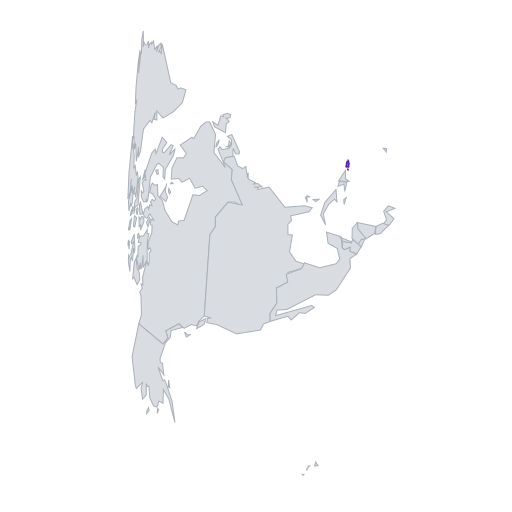 location of Puerto Rico within North America, rotated 275°
{"feature_id": "PRI", "entity_name": "Puerto Rico", "entity_type": "country or territory", "adm_level": 0, "iso_a3": "PRI", "parent_name": "North America", "parent_adm1": "", "projection": "equal_earth", "projection_center": [-66.749, 18.235], "detail": "fine", "context": "in_parent", "style": "filled", "palette": "violet", "viewbox_px": 512, "rotation_deg": 275, "n_neighbors": 17, "source": "natural_earth", "source_scale": "50m", "svg_char_len": 9610}
<svg xmlns="http://www.w3.org/2000/svg" viewBox="0 0 512 512"><g transform="rotate(275 256 256)"><path d="M191.8,209.7L185.7,204.5L181.1,203.0L182.1,197.6L177.7,190.7L181.7,185.2L173.6,172.7L166.8,175.4L160.1,171.0L178.3,145.1L187.5,147.0L206.5,144.9L209.9,143.3L214.0,145.6L218.2,144.0L217.4,145.8L224.7,144.9L238.3,147.0L240.9,148.3L236.9,149.5L241.0,150.1L250.0,149.3L251.9,150.9L255.1,149.6L253.1,148.5L255.0,147.6L260.0,147.3L270.2,150.2L277.6,149.8L277.8,148.3L280.1,147.8L283.5,148.7L282.8,151.1L288.7,146.6L284.1,144.2L285.1,141.6L288.3,140.0L293.4,141.3L295.8,143.9L293.4,145.1L297.7,145.6L297.1,148.1L300.8,146.2L303.3,147.7L302.1,149.6L304.1,151.3L309.2,147.3L309.8,144.7L316.6,145.2L319.6,146.4L317.6,149.0L318.6,151.6L307.6,153.0L302.9,157.9L293.7,161.2L282.8,169.2L280.2,175.3L284.0,175.8L285.3,181.3L311.6,187.8L311.3,194.3L316.8,201.6L320.9,196.8L318.2,189.4L327.7,183.1L323.0,175.8L326.5,172.4L325.2,164.9L336.1,164.6L346.9,168.7L347.5,175.3L351.9,177.7L359.9,170.9L368.7,181.7L367.7,183.8L380.3,189.6L385.0,194.3L385.5,198.2L373.5,205.1L355.3,205.1L341.4,217.8L359.2,208.8L361.8,210.6L359.0,213.1L361.0,220.0L364.9,222.0L369.8,221.4L372.6,217.1L374.9,221.3L358.4,230.5L356.2,230.2L356.0,226.9L361.2,223.7L353.1,224.3L351.2,216.9L347.0,215.5L340.1,224.8L330.0,224.8L306.4,237.9L304.3,236.7L307.9,230.4L307.2,223.5L291.3,212.2L281.7,212.9L273.2,208.2L191.8,209.7ZM310.1,164.5L312.2,163.2L315.7,163.2L312.4,165.4L310.1,164.5ZM324.4,138.1L322.2,136.3L332.5,138.1L327.6,138.0L324.4,138.1ZM321.0,167.0L320.5,164.7L322.1,165.4L321.0,167.0ZM293.9,133.8L292.5,134.5L286.7,133.9L291.6,132.5L293.9,133.8ZM294.8,129.3L289.8,129.3L289.3,128.8L293.7,128.8L294.8,129.3ZM285.1,127.3L291.6,127.9L287.4,128.8L285.1,127.3ZM324.9,133.9L296.5,134.0L294.1,131.3L287.2,130.6L299.4,130.5L304.2,132.6L322.2,132.4L324.9,133.9ZM253.9,128.5L260.1,128.6L251.8,129.0L253.9,128.5ZM257.2,127.3L261.0,127.6L254.6,127.9L257.2,127.3ZM386.0,201.2L382.9,206.7L392.6,208.7L392.0,211.5L393.9,210.8L395.6,215.1L394.6,218.5L391.3,217.9L390.8,214.3L387.7,217.6L385.0,214.8L376.2,214.9L381.1,203.4L386.0,201.2ZM307.0,155.2L317.0,160.1L320.5,160.8L313.1,159.8L306.5,162.8L302.5,161.4L307.0,155.2ZM321.9,139.7L328.8,138.2L349.5,143.2L353.7,146.3L349.3,147.5L366.2,152.2L361.3,157.3L354.3,153.5L351.2,153.8L350.8,155.4L359.5,161.8L358.7,163.9L349.1,160.8L355.8,166.1L348.8,164.9L334.1,158.1L324.7,158.4L326.6,156.4L336.4,156.0L339.9,151.1L338.4,149.1L325.5,144.0L302.7,143.4L300.9,142.6L303.6,141.6L300.3,141.6L300.1,139.3L304.9,136.6L310.9,136.1L309.0,137.4L310.5,138.7L318.9,136.2L322.4,138.3L321.9,139.7ZM287.5,136.8L296.1,135.5L300.3,136.0L288.0,139.7L287.5,136.8ZM229.6,131.7L239.4,129.3L245.9,129.1L242.8,131.0L229.6,131.7ZM169.2,193.8L174.0,191.3L171.3,195.3L172.5,198.1L169.2,193.8ZM270.5,126.6L280.3,127.4L282.3,128.7L270.6,128.0L272.9,127.5L270.5,126.6ZM189.3,211.5L183.4,210.3L178.4,203.2L185.2,204.9L189.3,211.5ZM222.7,135.1L239.3,135.3L243.1,136.7L233.5,138.7L229.2,141.2L222.4,142.3L217.1,140.1L224.2,136.3L222.7,135.1ZM259.7,130.5L267.2,132.8L251.6,134.8L248.2,134.3L253.3,133.4L240.1,133.3L246.5,131.1L259.7,132.9L257.4,131.1L259.7,130.5ZM259.0,137.5L265.4,138.4L266.1,142.1L272.8,145.4L268.8,145.6L268.8,147.4L260.8,146.4L242.5,147.9L234.7,144.5L246.8,143.5L234.1,143.1L233.3,142.3L239.2,141.4L231.9,140.8L243.7,137.1L245.8,137.4L244.1,138.4L255.3,137.8L258.0,140.6L259.6,139.7L259.0,137.5ZM276.9,138.3L274.9,137.0L284.6,136.1L282.6,137.7L285.7,138.6L284.7,140.6L280.6,141.4L272.0,138.7L276.9,138.3ZM263.5,136.5L266.6,136.4L268.2,136.8L265.6,138.2L263.5,136.5ZM274.9,131.3L285.5,131.4L283.7,133.7L274.4,132.7L274.9,131.3ZM290.0,125.5L299.6,124.1L313.1,126.6L305.7,128.1L297.4,128.0L295.2,127.4L297.3,126.5L290.0,125.5ZM301.6,123.4L327.8,122.2L364.6,122.6L352.3,123.8L357.0,123.8L344.7,126.0L332.3,126.6L335.3,126.8L333.8,127.0L335.5,127.8L325.7,129.8L329.7,130.5L323.6,131.6L303.9,131.1L308.0,129.9L307.2,128.7L314.3,129.3L308.1,128.0L314.6,126.6L311.0,125.4L321.9,125.1L309.6,125.0L301.6,123.4ZM333.7,150.7L329.3,151.6L328.8,150.3L332.3,148.6L333.7,150.7ZM280.0,144.0L285.3,146.5L283.6,147.4L275.7,145.8L280.0,144.0ZM360.7,206.4L365.5,207.1L368.6,209.3L363.4,208.2L360.7,206.4ZM362.3,217.0L363.4,218.9L368.3,219.3L365.8,221.1L362.0,219.5L362.3,217.0Z" fill="#d9dde1" stroke="#a8b0b8" stroke-width="1"/><path d="M191.8,209.7L273.2,208.2L281.7,212.9L291.3,212.2L307.2,223.5L305.6,237.9L330.0,224.8L340.1,224.8L347.0,215.5L351.2,216.9L353.6,225.5L344.1,229.9L341.9,235.3L344.4,238.0L332.9,240.9L338.3,240.9L332.1,241.6L328.9,249.0L327.1,246.7L328.4,251.2L325.4,256.1L324.5,248.1L324.4,252.5L322.3,251.8L325.8,263.0L307.1,280.5L310.3,300.4L309.0,307.8L304.7,304.9L299.0,287.0L294.4,288.3L290.4,285.0L279.9,286.0L280.2,290.4L263.0,289.0L254.3,296.2L252.2,305.0L247.5,302.6L242.5,289.4L232.7,289.9L225.8,279.1L210.9,280.9L200.0,275.0L192.1,275.8L188.9,269.4L182.7,267.0L176.7,243.4L184.3,222.8L185.4,212.7L189.8,213.2L190.2,216.8L191.8,209.7ZM178.3,145.1L160.1,171.0L166.8,175.4L173.6,172.7L181.7,185.2L178.4,189.0L174.3,177.9L167.7,177.7L161.5,173.4L145.3,169.3L141.9,169.9L141.0,172.1L129.5,174.6L137.0,168.0L123.8,174.0L124.7,175.6L120.5,177.9L104.3,184.9L83.0,189.8L106.0,181.6L114.8,175.4L101.2,176.2L103.0,172.0L96.9,170.4L97.5,167.4L99.9,165.7L105.7,162.5L116.9,160.7L116.6,158.9L119.4,157.8L108.1,158.8L103.4,155.4L114.7,153.0L120.5,154.2L113.7,148.4L116.4,147.1L145.0,141.3L178.3,145.1ZM89.3,160.7L92.2,160.9L95.6,162.1L92.6,163.0L89.3,160.7ZM51.9,332.6L56.0,333.4L52.5,336.1L51.9,332.6ZM51.3,326.6L51.6,328.6L50.9,327.0L51.3,326.6ZM49.3,325.7L50.8,326.4L49.0,326.2L49.3,325.7ZM46.5,325.3L48.1,325.2L47.8,325.5L46.5,325.3ZM42.5,321.1L42.5,322.7L41.6,321.9L42.5,321.1ZM90.6,171.3L95.5,171.1L94.7,172.3L90.6,171.3ZM117.8,180.1L124.9,179.7L117.2,181.6L117.8,180.1Z" fill="#d9dde1" stroke="#a8b0b8" stroke-width="1"/><path d="M337.5,332.5L337.4,340.1L328.1,338.8L335.3,337.3L332.5,331.6L337.5,332.5Z" fill="#d9dde1" stroke="#a8b0b8" stroke-width="1"/><path d="M338.4,342.2L337.9,331.7L348.9,337.5L341.0,338.4L338.4,342.2Z" fill="#d9dde1" stroke="#a8b0b8" stroke-width="1"/><path d="M314.0,302.4L317.6,300.6L317.7,301.7L314.0,302.4ZM317.8,299.7L320.4,301.7L319.7,304.8L319.3,301.9L317.8,299.7ZM315.4,310.6L317.2,308.0L318.2,314.3L315.4,310.6Z" fill="#d9dde1" stroke="#a8b0b8" stroke-width="1"/><path d="M396.5,122.6L413.3,121.8L437.5,121.8L451.1,122.5L428.0,123.1L449.1,123.6L447.1,124.2L462.4,123.4L470.4,124.1L454.5,125.5L459.5,125.5L456.4,127.4L457.4,129.1L460.7,130.2L453.9,130.8L458.5,131.7L459.9,133.3L457.6,133.4L461.4,135.1L452.9,137.1L456.9,139.4L451.0,139.1L458.1,141.0L459.9,142.8L455.9,143.3L450.2,141.1L451.7,142.6L449.5,143.9L459.1,144.1L421.1,156.0L419.0,161.5L415.4,163.9L416.9,166.2L415.5,171.7L402.4,169.3L392.5,161.1L385.4,151.4L391.8,144.6L382.9,145.3L383.3,142.5L390.4,143.1L379.6,140.6L381.9,138.6L372.5,132.8L350.4,131.8L344.0,130.2L354.2,129.6L340.0,128.5L356.5,126.5L357.3,126.0L351.5,125.5L363.9,124.0L363.0,123.5L388.8,122.8L401.5,123.7L396.5,122.6Z" fill="#d9dde1" stroke="#a8b0b8" stroke-width="1"/><path d="M192.1,275.8L200.0,275.0L210.9,280.9L225.8,279.1L232.7,289.9L240.4,287.7L247.5,302.6L253.5,304.9L249.8,320.2L255.3,336.5L260.2,339.7L270.6,336.3L274.9,326.7L285.9,324.2L282.6,339.1L271.7,341.2L270.1,343.7L273.2,349.2L268.8,349.2L266.9,356.2L261.5,349.8L252.3,351.1L229.4,339.0L223.2,331.5L222.6,318.7L205.4,291.3L203.9,281.6L198.3,280.7L211.6,316.0L209.8,318.5L203.0,309.9L203.4,304.2L195.3,296.7L198.8,293.0L192.1,275.8Z" fill="#d9dde1" stroke="#a8b0b8" stroke-width="1"/><path d="M317.5,383.4L315.6,390.2L311.4,381.9L305.2,390.2L298.5,386.2L298.3,379.7L303.4,382.9L311.8,379.3L317.5,383.4Z" fill="#d9dde1" stroke="#a8b0b8" stroke-width="1"/><path d="M299.6,379.3L298.1,385.5L288.9,377.6L288.0,373.1L295.9,372.9L299.6,379.3Z" fill="#d9dde1" stroke="#a8b0b8" stroke-width="1"/><path d="M295.9,372.9L288.8,372.2L282.3,363.7L292.0,355.1L298.1,354.1L295.9,372.9Z" fill="#d9dde1" stroke="#a8b0b8" stroke-width="1"/><path d="M298.1,354.1L292.0,355.1L283.5,363.4L276.7,356.7L281.9,350.1L291.9,349.5L298.1,354.1Z" fill="#d9dde1" stroke="#a8b0b8" stroke-width="1"/><path d="M276.7,356.7L282.2,359.7L281.5,362.6L274.1,359.9L276.7,356.7Z" fill="#d9dde1" stroke="#a8b0b8" stroke-width="1"/><path d="M266.9,356.2L268.8,349.2L273.2,349.2L270.1,343.7L271.7,341.2L278.1,341.2L277.4,350.0L280.8,350.7L276.7,356.7L274.1,359.9L266.9,356.2Z" fill="#d9dde1" stroke="#a8b0b8" stroke-width="1"/><path d="M278.1,341.2L281.7,338.7L278.4,350.0L277.4,350.0L278.1,341.2Z" fill="#d9dde1" stroke="#a8b0b8" stroke-width="1"/><path d="M314.9,339.3L319.8,338.5L322.1,340.8L314.9,339.3Z" fill="#d9dde1" stroke="#a8b0b8" stroke-width="1"/><path d="M302.3,316.8L315.4,319.9L329.2,329.9L317.0,331.9L319.4,329.3L314.0,324.0L303.8,319.3L293.0,322.6L302.3,316.8Z" fill="#d9dde1" stroke="#a8b0b8" stroke-width="1"/><path d="M370.9,376.8L374.5,373.3L374.4,376.7L370.9,376.8Z" fill="#d9dde1" stroke="#a8b0b8" stroke-width="1"/><path d="M356.4,338.3L356.5,338.4L356.5,338.2L357.2,338.3L357.6,338.5L358.1,338.6L358.1,339.2L357.8,339.5L357.6,339.7L357.4,340.1L356.9,340.4L356.4,340.6L356.0,340.6L355.8,340.6L355.7,340.5L355.4,340.6L355.1,340.4L354.8,340.4L354.2,340.4L354.0,340.5L353.8,340.6L353.5,340.5L353.4,340.5L352.9,340.5L352.7,340.4L352.8,339.6L352.8,339.3L352.7,339.0L352.6,338.9L352.5,338.7L352.8,338.3L352.9,338.0L353.0,338.0L353.2,337.9L354.1,338.1L356.2,338.2L356.3,338.2L356.4,338.3ZM358.8,339.8L358.5,339.9L358.3,339.8L358.3,339.7L358.6,339.6L359.0,339.6L358.8,339.8ZM350.4,340.1L350.3,339.9L350.2,339.9L350.3,339.8L350.5,339.8L350.5,340.0L350.4,340.1Z" fill="#8b5cf6" stroke="#5b21b6" stroke-width="1.5"/></g></svg>